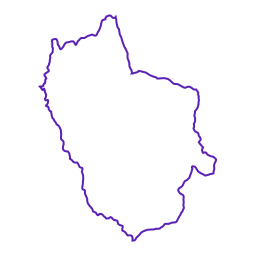 Pueblo Rico, Risaralda, Colombia (Natural Earth projection)
{"feature_id": "7082276B22807037286061", "entity_name": "Pueblo Rico", "entity_type": "district", "adm_level": 2, "iso_a3": "COL", "parent_name": "Colombia", "parent_adm1": "Risaralda", "projection": "natural_earth1", "projection_center": [-76.101, 5.29], "detail": "fine", "context": "isolated", "style": "outline", "palette": "violet", "viewbox_px": 256, "rotation_deg": 0, "n_neighbors": 0, "source": "geoboundaries", "source_scale": "gbopen_adm2", "svg_char_len": 5689}
<svg xmlns="http://www.w3.org/2000/svg" viewBox="0 0 256 256"><path d="M213.5,173.4L213.6,171.3L214.1,169.8L214.3,168.7L214.3,167.8L214.0,166.3L214.1,165.3L214.6,163.5L214.9,162.7L215.6,161.5L216.0,160.2L216.1,159.7L215.8,159.0L213.7,157.0L212.6,156.6L211.0,156.3L208.1,155.0L207.4,154.5L206.9,154.0L206.2,152.8L205.6,152.4L204.5,152.4L203.4,152.9L202.7,152.5L202.2,150.6L201.9,150.2L202.1,149.4L202.7,148.3L203.1,147.4L202.0,146.4L201.2,145.2L199.7,143.6L199.3,142.8L198.8,142.3L199.5,141.1L200.3,140.3L200.7,139.1L200.6,138.7L199.7,136.8L199.2,136.4L198.9,135.9L198.7,135.3L198.4,133.7L197.9,133.0L197.7,132.7L196.6,132.3L195.1,131.3L194.2,130.0L193.6,128.8L193.5,128.2L194.0,127.1L194.2,126.1L193.8,123.9L194.8,122.2L195.1,120.2L195.1,118.4L194.4,115.8L194.5,114.9L194.9,113.5L194.9,111.6L195.4,110.7L196.8,109.0L197.7,107.4L198.6,103.9L198.5,102.5L198.9,100.4L198.8,98.8L198.5,97.5L198.8,96.5L198.4,95.2L197.9,94.0L198.3,92.9L198.0,92.1L196.4,89.8L196.1,89.5L195.1,89.6L193.6,89.4L193.2,89.1L192.5,88.5L190.1,86.9L189.6,86.8L187.9,86.7L185.1,87.8L183.6,87.4L178.5,84.5L177.3,84.1L174.7,83.9L173.5,83.6L170.0,80.4L167.8,78.9L164.7,78.2L162.5,78.2L159.2,78.5L157.2,78.5L155.8,77.2L153.6,76.7L150.3,75.3L148.0,74.0L146.2,72.7L141.0,71.3L138.7,70.9L138.0,71.8L136.9,72.3L134.1,73.0L132.7,73.5L131.7,73.5L131.9,73.1L131.9,72.4L131.6,71.2L131.5,70.1L130.5,68.7L129.6,66.7L129.4,65.6L129.3,63.1L128.4,60.2L127.8,58.9L127.5,57.3L127.6,53.2L126.7,51.4L126.2,50.1L125.1,48.0L124.1,46.3L123.6,44.6L123.0,43.3L121.9,39.7L121.2,37.2L119.6,34.1L119.6,33.0L119.2,30.5L118.8,28.9L117.6,27.4L117.2,25.9L116.3,21.6L116.3,19.5L115.8,18.4L115.6,17.0L115.1,17.6L114.5,17.9L113.7,18.0L113.0,17.8L112.3,17.4L110.9,15.8L109.5,15.4L108.9,15.5L108.1,16.0L106.8,16.3L105.8,17.4L105.5,18.0L105.4,19.3L103.1,19.9L102.4,20.2L101.9,21.2L101.2,23.6L100.7,26.1L99.6,29.1L98.9,30.7L97.9,32.1L96.6,34.8L96.1,35.3L95.2,35.7L94.7,35.7L94.0,35.3L92.3,34.6L91.7,34.7L87.6,36.1L84.5,38.0L82.3,38.0L81.6,37.9L80.9,38.2L77.8,41.3L76.4,44.3L76.1,44.7L75.7,44.8L75.4,44.6L74.1,42.3L73.6,41.7L73.0,41.3L71.1,41.4L68.9,42.1L66.5,42.5L65.5,43.1L64.8,44.0L64.2,44.9L63.5,46.3L62.7,47.5L61.6,48.7L61.0,49.1L60.4,49.2L60.0,48.7L59.1,46.3L58.5,45.4L58.0,44.9L57.6,42.9L57.6,42.0L57.4,41.2L56.8,39.8L56.1,39.0L55.1,39.0L52.3,39.7L52.0,40.2L51.9,41.5L52.2,42.1L52.3,43.2L52.2,46.9L52.7,47.7L52.9,48.2L52.8,48.9L52.8,51.1L52.6,52.0L52.4,52.5L50.4,54.9L50.1,55.7L50.0,56.1L50.3,57.3L50.3,58.0L49.9,59.4L49.8,60.5L49.7,62.5L49.1,63.4L49.1,64.1L49.0,64.6L48.0,66.3L47.5,67.0L47.3,67.4L47.3,67.7L47.5,68.2L48.6,70.0L48.7,71.2L47.0,72.5L45.6,73.3L44.4,74.6L44.8,76.0L46.0,77.7L46.3,78.5L46.1,78.8L45.5,79.3L45.3,79.8L45.2,80.9L45.3,81.8L45.2,81.9L45.0,83.0L44.5,83.5L44.2,83.6L44.2,83.8L43.6,84.4L43.3,85.2L43.2,86.0L42.2,86.5L41.1,86.4L39.9,86.6L41.0,87.8L42.0,89.5L42.5,89.9L42.9,90.0L43.2,89.3L43.8,88.9L44.1,88.8L44.3,89.1L44.6,90.0L45.1,92.4L46.1,94.6L46.1,95.9L45.8,97.2L45.5,97.9L44.9,98.8L44.9,99.3L45.2,99.8L45.8,100.3L47.5,100.0L47.9,100.1L48.1,100.4L48.0,101.8L47.8,103.0L47.5,103.8L47.0,104.6L46.1,105.4L46.1,105.9L46.5,106.3L47.8,106.5L48.6,107.5L48.6,108.9L49.6,110.6L50.0,111.1L50.9,111.4L51.2,111.8L51.3,113.6L51.7,114.6L51.7,115.7L52.3,117.1L52.5,118.2L52.8,118.5L53.6,119.0L54.2,120.6L55.1,121.7L56.1,123.2L56.6,124.4L57.0,124.7L58.0,125.2L59.3,126.7L59.6,127.4L59.9,127.8L60.0,128.4L60.7,129.5L61.0,132.1L61.0,133.4L61.3,134.1L61.0,137.3L61.0,138.6L61.2,139.2L63.4,141.4L63.6,142.1L63.6,144.6L63.0,146.6L62.9,147.9L62.9,148.5L63.1,149.4L64.4,150.8L65.1,151.1L67.7,151.5L68.1,151.7L69.2,153.3L69.5,154.6L70.0,156.7L69.9,158.5L70.1,159.0L70.9,159.3L72.3,160.6L73.0,161.5L73.8,162.2L75.6,162.6L77.2,162.6L78.4,164.3L78.8,165.4L79.3,166.4L79.7,167.0L80.6,167.5L82.2,168.0L82.5,168.6L82.5,169.2L81.9,171.2L81.9,172.0L82.9,174.6L83.1,175.5L83.2,176.8L83.3,179.4L83.0,180.3L82.8,184.6L82.5,185.4L82.3,187.1L82.2,188.0L82.4,188.9L83.2,189.6L84.1,189.8L84.7,190.3L85.0,191.0L84.9,193.1L85.3,194.6L85.8,195.3L86.3,196.7L87.2,198.7L87.3,201.4L87.7,203.0L89.8,206.2L90.8,207.0L91.5,208.1L92.0,208.5L92.2,209.1L92.5,209.6L92.8,210.9L93.1,211.5L94.8,212.1L95.8,212.7L96.6,213.7L96.8,214.4L97.1,214.7L97.7,215.1L98.3,215.1L98.7,214.9L99.5,213.9L101.3,214.0L102.2,214.5L103.1,215.3L103.4,215.9L105.3,217.4L106.1,218.4L108.5,218.4L110.5,217.1L111.7,217.6L112.8,219.1L114.2,220.1L115.1,220.1L117.2,220.7L117.7,221.8L117.8,223.1L118.4,224.2L119.5,224.9L122.4,225.9L122.7,226.8L122.7,227.7L122.3,228.6L122.2,229.7L122.3,230.5L123.9,231.3L125.2,232.2L126.8,234.3L127.2,235.1L127.9,235.5L128.5,235.3L129.6,235.3L130.7,235.4L131.6,235.8L132.0,236.3L132.6,237.9L132.5,240.6L134.4,240.4L135.3,239.7L136.4,237.7L139.5,234.7L140.0,234.0L140.7,233.1L141.9,232.1L143.6,231.2L147.2,229.8L151.5,229.5L153.1,229.5L156.5,228.7L158.7,228.8L159.7,228.6L160.6,227.7L162.6,226.6L163.6,225.6L164.6,224.2L165.7,223.8L167.3,223.9L168.5,223.7L168.8,223.9L171.6,222.7L175.1,222.4L176.0,222.0L176.7,221.5L177.8,219.2L178.6,217.8L179.4,216.3L180.4,214.8L180.9,213.4L181.8,212.1L182.5,211.3L182.7,210.6L183.0,209.6L183.8,208.4L183.9,207.7L183.6,206.5L183.4,205.1L183.5,204.0L183.7,202.8L183.5,199.5L183.7,196.3L182.7,194.8L181.3,194.1L179.9,193.2L179.1,192.1L178.3,190.7L178.3,189.6L178.8,188.5L181.1,187.0L182.0,186.3L182.7,185.5L183.9,182.7L184.6,181.5L185.5,180.7L186.3,180.4L187.2,179.8L188.5,178.5L189.2,178.0L189.6,177.1L190.4,174.5L191.1,173.2L192.0,169.8L192.4,168.9L192.4,168.7L191.9,167.8L191.9,167.1L192.1,166.6L192.7,166.3L194.1,166.5L194.9,166.8L195.6,167.4L198.0,171.3L201.2,173.5L202.8,174.1L203.6,174.5L204.5,175.3L205.5,175.5L206.2,175.4L208.7,174.7L209.6,174.3L210.6,174.0L212.1,173.8L213.5,173.4Z" fill="none" stroke="#5b21b6" stroke-width="2"/></svg>